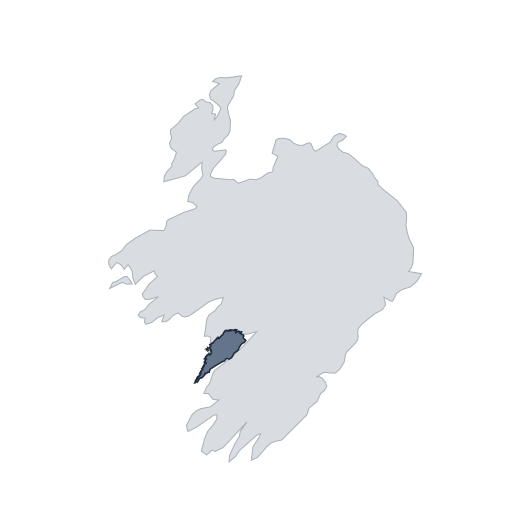 Kilrush Lea-5, Clare, Ireland (highlighted), rotated 328°
{"feature_id": "5873133B68451217430396", "entity_name": "Kilrush Lea-5", "entity_type": "district", "adm_level": 2, "iso_a3": "IRL", "parent_name": "Ireland", "parent_adm1": "Clare", "projection": "natural_earth1", "projection_center": [-9.571, 52.715], "detail": "fine", "context": "in_parent", "style": "filled", "palette": "slate", "viewbox_px": 512, "rotation_deg": 328, "n_neighbors": 0, "source": "geoboundaries", "source_scale": "gbopen_adm2", "svg_char_len": 9056}
<svg xmlns="http://www.w3.org/2000/svg" viewBox="0 0 512 512"><g transform="rotate(328 256 256)"><path d="M322.1,108.3L311.4,113.9L309.8,116.1L306.8,124.7L306.5,127.1L299.9,136.6L296.1,138.6L290.4,140.1L287.2,141.7L283.1,140.9L277.9,141.0L275.4,142.7L275.5,144.1L277.1,145.6L286.6,150.0L286.1,151.8L283.4,153.9L266.4,159.0L261.3,162.1L259.6,164.2L261.4,167.6L275.1,178.0L277.5,179.1L279.6,185.1L291.6,187.6L296.6,191.4L300.9,192.3L310.1,191.9L313.8,193.3L315.9,192.3L317.1,190.3L327.4,183.0L324.1,177.5L334.4,168.2L337.3,168.3L342.2,171.1L346.3,175.1L347.6,180.4L351.5,185.2L354.0,186.8L360.6,187.8L362.2,189.6L361.1,196.5L362.2,198.8L379.1,198.7L385.8,195.7L391.7,196.2L394.6,199.3L396.0,202.5L390.9,203.7L385.7,203.0L383.1,205.1L383.0,209.2L384.9,214.4L388.5,218.0L391.4,226.4L393.9,235.6L397.7,241.2L398.5,248.1L398.1,251.5L398.8,257.6L397.3,259.8L398.6,265.5L405.1,284.1L406.6,298.6L403.6,304.0L399.6,309.2L397.1,315.3L395.1,321.9L394.0,332.6L385.4,345.1L381.6,348.2L377.3,350.1L387.0,358.8L379.2,362.7L370.7,364.0L361.3,361.8L355.4,362.1L348.0,366.6L346.3,365.8L342.6,358.6L340.1,366.0L334.7,368.4L325.4,367.9L309.8,369.8L303.9,372.0L301.4,375.3L299.6,379.1L297.2,381.4L294.5,382.5L282.5,385.4L280.1,386.5L274.6,392.7L267.3,396.3L261.2,397.3L255.8,393.7L253.6,391.6L251.1,390.5L242.9,390.6L245.5,391.7L247.2,394.3L248.0,399.2L247.1,403.9L243.0,406.3L238.2,406.8L230.5,411.8L220.4,413.1L214.9,417.7L181.3,425.4L179.4,425.5L174.8,423.5L169.7,422.6L164.7,423.3L150.6,427.6L143.8,426.7L152.5,416.0L164.2,410.6L165.4,409.1L161.6,408.4L139.4,412.1L131.7,415.3L124.0,416.3L127.6,411.4L137.5,404.7L146.1,400.3L149.8,396.4L160.3,391.9L126.6,401.1L117.7,400.0L115.6,397.4L108.7,398.6L106.2,392.4L116.4,383.0L122.4,379.0L129.4,376.8L136.2,373.7L138.7,369.8L135.6,368.6L115.2,369.6L105.4,368.8L106.0,365.7L107.8,362.4L117.9,356.6L123.4,355.7L128.2,356.2L136.9,359.6L148.3,358.5L143.5,354.9L142.7,347.4L139.0,344.9L143.7,341.5L149.1,339.4L158.0,332.2L161.2,331.1L178.8,329.4L197.8,325.6L216.6,320.5L206.9,317.6L202.3,313.8L194.9,321.5L189.5,324.4L174.4,326.0L169.6,325.1L162.9,322.7L160.8,323.7L158.9,325.5L148.9,329.3L138.3,330.2L150.6,323.3L166.1,311.5L169.5,307.8L174.4,301.3L172.9,298.4L169.7,296.8L180.9,283.5L184.9,281.1L192.1,280.7L197.3,278.6L199.6,278.6L201.7,277.8L206.3,273.8L199.2,271.3L191.9,270.0L169.1,271.4L166.1,271.1L163.3,269.9L161.5,268.1L160.1,263.6L158.4,262.6L153.3,262.6L148.3,264.0L144.7,263.8L141.3,261.9L146.8,257.3L139.7,256.2L132.5,257.1L126.5,255.7L126.3,252.8L129.0,249.9L125.5,247.2L124.7,243.7L128.5,242.0L132.7,242.6L141.1,240.0L151.9,238.8L142.7,236.3L139.0,234.1L138.8,230.8L139.5,228.0L150.3,223.2L161.7,221.1L160.9,218.0L161.7,214.6L150.1,213.6L138.7,216.0L139.9,209.5L142.7,203.6L143.2,199.8L142.7,195.6L137.3,197.4L136.7,191.6L134.4,187.6L126.5,190.3L126.8,185.0L129.0,181.4L133.2,179.8L137.3,180.4L144.9,180.4L152.2,177.6L162.8,176.9L179.7,177.8L191.3,185.6L194.3,184.2L198.9,179.2L201.1,178.7L218.6,180.9L229.4,183.7L232.3,182.8L230.7,177.3L227.0,173.5L231.6,168.6L237.3,165.2L241.1,163.5L249.9,161.4L253.7,159.5L256.2,153.1L260.2,147.8L238.2,150.5L217.2,144.2L220.5,139.8L224.9,137.3L232.6,135.3L233.3,133.0L237.1,131.1L243.5,126.0L241.1,119.4L242.3,114.6L246.9,111.4L248.3,106.9L250.3,103.6L259.6,102.4L268.5,99.3L282.3,98.9L285.9,100.1L285.0,94.7L291.5,94.0L294.0,95.1L295.2,98.9L298.2,101.4L299.1,105.7L297.2,109.0L293.9,111.6L296.9,114.2L292.3,118.9L297.3,116.9L304.5,112.3L304.1,108.5L302.8,103.7L300.8,99.4L301.6,94.7L305.6,91.8L316.2,90.3L311.8,84.9L315.7,84.4L319.9,85.5L326.2,89.7L339.4,95.6L333.0,100.8L325.2,104.4L322.1,108.3ZM136.4,211.6L136.1,214.1L131.0,211.0L128.6,207.5L114.6,206.0L120.5,202.5L123.3,203.5L133.1,203.7L135.8,205.1L136.4,211.6Z" fill="#d9dde1" stroke="#a8b0b8" stroke-width="1"/><path d="M177.0,327.4L178.3,329.0L179.0,329.3L181.3,329.3L183.0,328.5L185.9,326.8L188.3,326.6L190.3,326.5L191.4,326.2L193.1,324.6L194.5,324.1L196.6,323.1L198.1,322.9L200.4,323.1L202.7,322.1L201.9,319.4L201.9,318.6L202.2,318.0L203.3,317.4L203.5,317.0L203.6,316.6L203.3,315.9L202.2,314.8L202.1,314.2L202.3,313.7L202.7,313.2L203.2,312.9L204.4,312.6L203.2,312.7L202.6,313.0L202.1,313.0L202.2,312.9L202.3,312.7L201.4,312.1L202.2,311.6L202.1,311.4L201.7,311.3L201.7,311.2L201.2,310.7L201.3,310.5L201.0,310.4L200.1,310.3L199.8,310.0L199.2,310.3L199.1,310.1L198.4,310.2L198.6,310.0L199.0,309.6L199.3,309.5L199.6,309.2L199.2,309.2L198.9,308.9L199.2,308.7L199.4,308.5L200.3,308.2L199.5,307.8L199.5,307.6L199.4,307.5L199.5,307.4L199.3,307.2L198.8,307.2L198.7,307.3L198.8,307.4L198.7,307.4L198.6,307.8L198.0,307.5L198.0,307.3L197.5,307.3L197.3,306.8L197.3,306.7L196.9,306.3L196.7,306.2L196.4,306.3L196.1,306.3L196.1,306.1L195.9,306.1L195.4,306.1L195.2,306.0L195.1,305.9L195.5,305.8L195.6,305.6L195.2,305.5L195.2,305.1L194.7,305.0L193.9,305.2L194.1,304.7L193.8,304.7L193.2,304.7L192.8,304.9L192.6,304.9L192.4,304.7L192.4,304.2L192.0,304.2L191.7,303.9L191.9,303.7L191.4,303.4L191.2,303.1L190.4,303.2L190.0,303.1L189.6,303.1L189.4,303.3L189.4,303.6L189.1,303.8L188.9,303.7L188.3,303.7L187.8,304.1L187.1,304.4L186.7,304.9L185.9,305.2L185.7,305.3L185.0,305.1L184.1,305.4L183.5,305.4L182.8,305.8L182.7,306.0L181.8,306.2L181.4,306.1L180.9,306.4L180.2,305.9L180.3,305.8L180.2,305.7L180.4,305.6L180.3,305.4L180.9,304.9L180.6,304.7L179.3,305.2L179.1,305.0L178.5,305.2L178.4,305.4L177.2,305.8L176.4,305.8L175.7,306.0L175.1,306.4L174.0,306.6L173.7,307.0L173.0,307.0L172.9,306.8L172.9,306.6L172.6,306.5L171.8,306.5L171.6,306.9L171.1,307.0L170.2,306.8L170.3,307.0L170.1,307.0L170.1,307.3L170.4,307.4L170.4,307.5L170.0,307.7L170.2,307.9L170.1,308.3L168.9,308.9L168.2,309.1L167.9,309.1L167.9,308.9L167.6,309.0L167.9,309.5L167.9,310.0L168.1,310.4L168.1,310.6L167.6,310.8L167.9,310.7L168.0,311.0L167.9,311.1L168.2,311.2L168.3,311.5L168.4,311.9L168.3,312.1L168.0,312.2L166.7,312.5L167.2,312.6L167.3,312.7L167.3,312.8L167.4,312.7L167.6,312.9L167.6,313.6L167.2,314.2L166.4,314.7L166.0,314.6L165.6,314.6L165.2,314.6L165.1,314.8L165.4,315.0L165.2,315.4L164.8,315.5L164.4,315.4L164.6,315.1L164.3,315.0L164.3,314.7L164.2,314.6L163.7,314.6L163.6,314.4L163.8,314.1L163.4,314.2L163.2,314.1L162.8,314.1L162.3,314.1L161.6,314.2L161.5,314.3L160.7,314.5L160.8,314.7L159.7,314.7L159.6,314.9L159.8,314.9L159.6,314.9L159.8,315.0L159.6,315.4L159.6,315.5L159.2,315.7L158.8,315.8L158.7,315.7L158.2,315.8L158.7,316.1L158.7,316.3L158.4,316.4L158.0,316.1L157.8,316.1L157.9,316.3L158.2,316.5L158.9,316.8L158.7,317.0L159.1,317.3L158.4,317.6L157.9,317.5L157.0,318.1L156.7,318.2L157.0,318.3L156.7,318.5L156.6,318.8L156.3,318.9L156.7,318.8L156.8,319.0L156.4,319.2L156.1,319.3L156.2,319.5L156.6,319.4L156.6,320.0L157.0,320.2L156.8,320.5L156.6,320.6L156.4,320.5L156.4,320.3L155.7,320.2L155.2,320.4L154.9,320.4L154.9,320.5L155.1,320.6L154.6,320.8L154.4,320.9L154.3,321.1L154.0,321.0L153.5,321.2L153.8,321.5L153.5,321.7L153.4,321.6L153.5,321.7L153.5,321.9L152.9,322.0L153.0,322.1L152.8,322.3L152.7,322.2L152.1,322.4L152.1,322.5L152.0,322.3L151.9,322.5L151.9,322.4L151.7,322.4L151.8,322.6L151.6,322.9L150.6,323.5L150.9,323.7L150.6,323.6L150.4,323.7L150.4,323.8L150.1,323.9L150.2,324.0L149.7,324.0L149.2,324.2L149.3,324.3L148.6,324.5L148.2,324.5L147.8,324.8L147.8,325.0L147.8,324.7L147.6,324.8L147.5,325.2L147.4,325.1L146.9,325.3L146.5,325.5L146.8,325.6L146.9,325.8L146.4,325.8L146.6,325.9L146.4,325.9L146.4,326.0L146.2,325.9L146.0,326.1L146.0,326.3L145.9,326.5L146.1,326.5L145.9,326.6L146.2,326.6L145.9,326.8L146.0,327.0L145.9,327.0L146.0,327.0L145.9,327.1L145.4,327.2L145.5,327.2L145.4,327.4L145.1,327.5L144.6,327.5L144.4,327.7L143.9,327.6L144.0,327.7L144.0,327.8L143.9,327.9L143.7,327.8L143.8,327.8L142.7,327.9L142.7,328.0L142.5,327.9L142.3,328.3L142.2,328.3L142.3,328.2L142.1,328.2L141.8,328.1L141.8,328.3L141.7,328.4L141.6,328.2L141.3,328.2L141.1,328.3L140.9,328.4L141.1,328.4L140.9,328.5L141.5,328.6L141.6,328.8L141.4,328.9L140.8,329.0L141.0,329.1L140.7,329.3L139.7,329.2L139.3,329.5L138.6,329.6L138.6,329.8L138.4,330.0L138.5,330.0L138.4,330.2L138.0,330.5L136.8,331.1L137.5,331.4L137.8,331.2L137.9,331.3L138.9,331.2L139.3,331.4L139.6,331.3L140.1,331.3L140.0,331.5L140.5,331.3L140.9,331.3L141.0,331.1L141.3,331.0L141.7,330.9L142.2,330.5L142.2,330.4L142.1,330.1L143.2,330.0L143.9,330.0L144.2,330.2L144.6,330.2L144.6,330.3L145.0,330.3L145.1,330.5L146.0,330.6L147.4,330.1L147.6,330.1L148.4,330.0L149.4,329.5L150.4,329.3L150.2,329.1L150.2,328.8L150.7,328.6L151.2,328.7L151.4,329.0L151.5,329.0L151.4,328.9L151.5,328.9L151.4,328.9L151.5,328.8L151.8,328.8L152.0,328.9L152.0,329.1L152.5,329.3L153.3,329.2L153.2,329.2L153.6,329.0L154.7,329.9L156.3,328.2L157.8,327.6L164.7,327.6L171.5,327.8L173.5,328.3L174.3,328.1L175.9,327.4L176.5,327.3L177.0,327.4ZM165.9,308.8L166.2,308.9L166.4,308.6L166.7,308.5L166.4,308.3L166.2,308.4L166.4,308.5L166.0,308.7L164.6,308.5L164.9,308.8L165.0,309.1L164.9,309.2L165.4,309.1L165.9,308.8ZM150.9,323.0L151.1,322.9L150.8,322.9L150.9,323.0ZM165.5,310.6L165.3,310.6L165.2,310.7L165.4,310.7L165.5,310.6ZM166.5,307.6L166.3,307.7L166.7,307.7L166.5,307.6ZM159.3,314.9L159.6,314.9L159.3,314.9Z" fill="#64748b" stroke="#1e293b" stroke-width="1.5"/></g></svg>